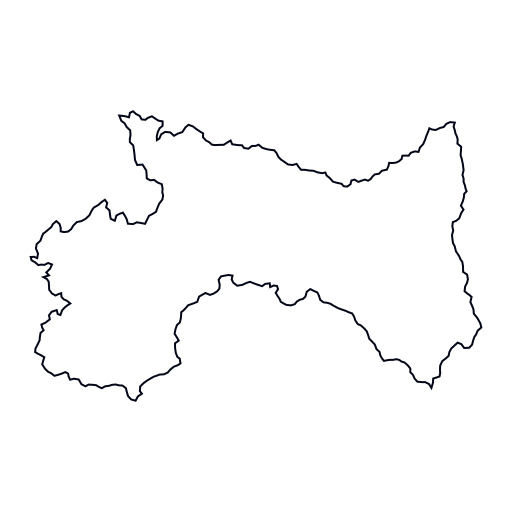 the district of Barbacena, Minas Gerais, Brazil
{"feature_id": "56859067B90991980012339", "entity_name": "Barbacena", "entity_type": "district", "adm_level": 2, "iso_a3": "BRA", "parent_name": "Brazil", "parent_adm1": "Minas Gerais", "projection": "mercator", "projection_center": [-43.815, -21.253], "detail": "fine", "context": "isolated", "style": "outline", "palette": "ink", "viewbox_px": 512, "rotation_deg": 0, "n_neighbors": 0, "source": "geoboundaries", "source_scale": "gbopen_adm2", "svg_char_len": 5650}
<svg xmlns="http://www.w3.org/2000/svg" viewBox="0 0 512 512"><path d="M230.6,140.5L227.0,142.7L223.7,144.8L218.9,144.9L215.3,145.1L212.0,144.7L209.2,142.2L206.0,140.5L203.0,137.2L203.1,133.4L199.8,131.4L196.5,129.2L192.9,126.4L188.5,124.8L185.5,127.3L182.3,132.1L177.6,133.7L174.0,135.8L170.3,132.4L165.1,131.9L161.2,134.3L159.4,138.5L156.9,140.1L156.8,136.3L157.8,132.0L159.6,128.3L162.6,125.8L162.6,121.4L158.3,120.6L155.4,118.7L151.9,116.3L147.8,117.9L145.4,119.8L141.6,119.4L139.7,115.9L136.0,114.0L133.1,111.3L129.9,112.8L129.0,117.3L125.1,116.2L119.2,115.5L121.3,120.8L124.6,123.3L126.7,127.0L130.2,130.4L130.5,135.3L129.8,139.0L129.9,142.2L133.2,145.4L133.9,149.9L134.5,154.6L135.0,160.0L137.2,165.0L142.5,164.6L144.4,167.5L146.2,170.4L146.6,174.1L146.8,178.4L150.3,180.3L154.1,179.9L157.6,182.5L161.8,184.2L162.6,188.7L162.3,192.3L163.1,195.5L162.4,199.5L159.1,203.8L157.2,208.4L156.0,211.8L152.5,214.0L149.0,215.8L147.3,219.2L145.1,223.8L140.4,222.9L136.8,222.3L133.1,224.1L127.9,223.7L126.7,219.2L125.1,216.1L122.9,212.6L119.7,213.8L116.4,215.5L114.8,220.8L110.7,218.8L110.0,214.7L109.5,210.4L106.1,207.4L107.2,202.9L104.9,199.8L101.6,202.0L98.3,205.0L93.8,207.6L91.8,210.4L89.4,215.3L85.5,218.9L81.4,221.1L76.8,222.1L73.4,225.5L71.1,229.2L68.0,231.6L64.0,232.1L60.7,231.4L60.7,227.8L59.6,224.1L56.3,221.1L52.8,224.2L51.3,227.1L48.4,229.5L45.6,231.9L43.2,233.6L41.9,236.6L40.4,240.7L36.7,244.1L35.9,248.3L38.0,253.7L37.2,258.1L34.0,256.8L30.7,257.0L31.5,260.2L35.6,262.7L38.3,265.1L41.4,264.6L44.4,264.9L48.1,263.0L52.0,264.5L50.0,268.8L46.3,272.4L49.0,275.4L43.4,277.1L47.0,279.1L48.7,281.7L49.0,285.6L49.2,289.8L52.0,293.5L55.6,295.5L58.2,294.2L61.2,293.2L61.5,296.9L63.7,299.3L67.0,300.8L70.3,303.5L67.6,305.2L65.0,307.2L62.1,310.3L60.4,315.0L57.7,314.0L56.7,310.1L51.6,311.8L49.0,315.3L49.8,319.4L45.1,322.9L41.4,324.5L42.1,327.5L43.6,330.2L40.5,333.0L39.9,336.8L39.6,340.3L37.7,344.3L35.5,348.5L35.1,352.0L37.8,353.7L40.7,355.1L44.3,357.2L43.2,360.7L42.2,364.3L45.0,368.7L48.1,371.8L50.9,373.1L54.5,375.8L58.5,374.7L62.3,373.4L65.4,372.1L68.1,373.6L68.7,376.7L70.1,379.7L74.0,378.7L78.7,379.5L81.5,384.3L85.5,386.3L88.6,384.6L92.6,384.8L96.1,385.2L99.1,387.0L101.8,388.2L105.2,386.3L109.1,385.8L112.2,384.8L115.8,384.5L118.6,385.3L122.6,385.6L125.9,388.2L127.0,392.7L128.1,396.2L131.1,399.4L135.6,400.7L137.9,396.4L141.9,393.7L139.9,391.2L140.2,386.5L143.5,383.2L146.6,380.9L150.2,378.7L153.7,376.7L156.7,375.7L159.5,374.6L163.9,374.3L167.7,372.6L170.2,369.7L173.8,366.7L177.8,365.2L180.5,363.4L179.7,358.6L177.3,356.8L175.8,352.8L175.1,348.1L175.0,343.3L178.7,340.7L177.1,337.7L174.6,333.8L175.5,329.1L177.0,325.0L179.8,322.5L180.8,318.7L181.1,315.5L181.2,312.2L183.6,310.3L185.7,308.1L188.2,305.2L192.6,303.7L197.2,301.9L199.1,296.6L202.5,294.6L205.4,293.0L210.0,294.9L213.6,293.6L217.2,291.3L219.4,288.6L219.7,284.7L218.6,279.8L221.0,276.4L224.9,275.6L228.4,275.0L232.5,275.6L231.7,279.5L233.3,282.7L237.2,285.7L242.3,284.9L246.5,282.9L250.0,281.8L253.5,283.2L257.6,284.7L262.1,286.2L265.2,283.9L269.7,283.3L270.2,287.1L273.8,285.5L277.0,286.0L278.1,289.1L275.7,292.8L277.5,295.9L279.4,298.6L280.8,301.8L283.4,303.3L286.1,304.8L290.7,305.4L294.7,304.2L296.8,301.6L299.7,299.8L303.0,298.9L305.4,296.6L306.8,291.7L310.3,289.1L314.2,291.1L317.3,292.4L318.9,295.5L320.2,299.8L323.4,302.3L327.2,302.8L330.3,303.7L333.0,305.4L335.7,306.9L338.4,308.3L342.1,309.6L345.6,310.8L348.8,312.3L352.1,313.4L354.0,316.5L355.4,320.6L357.7,324.0L361.0,325.5L364.5,328.7L366.8,331.4L368.0,334.7L369.3,338.8L372.1,341.6L374.8,344.5L376.5,349.1L379.6,352.0L380.2,355.1L381.7,358.0L383.9,360.9L386.7,360.3L389.6,359.9L393.0,359.9L396.3,359.2L399.2,359.9L401.6,361.6L404.6,362.5L407.9,365.5L410.3,368.5L410.3,372.3L412.8,374.6L414.7,378.7L417.4,381.7L421.7,382.1L425.2,382.1L429.1,384.1L431.4,387.9L433.0,382.6L433.2,378.5L436.5,377.5L439.5,376.5L440.2,373.1L440.0,369.5L440.2,365.5L442.3,361.1L445.8,358.4L448.6,355.9L449.4,352.0L451.3,348.5L454.5,345.5L457.7,342.6L461.4,344.2L464.2,348.0L469.3,347.7L472.1,344.6L473.1,340.7L474.3,337.0L476.1,334.5L477.7,330.6L481.3,327.5L480.4,323.6L478.9,320.7L476.9,317.4L473.8,313.7L473.5,309.5L472.1,305.9L470.4,302.1L471.6,296.9L469.4,295.0L466.9,293.2L464.6,291.2L465.1,286.6L467.1,282.7L467.9,279.1L467.1,274.6L463.1,271.9L463.0,266.1L462.3,261.9L460.6,259.5L459.0,255.9L455.9,251.2L454.7,246.3L453.0,243.1L452.4,238.8L452.0,235.0L453.2,230.7L452.3,226.0L452.9,222.1L456.0,220.9L459.2,218.4L461.2,213.1L463.5,209.6L460.9,205.7L462.8,201.3L463.9,197.3L464.2,193.8L466.6,191.3L465.5,188.4L464.9,185.3L463.6,182.0L463.6,178.6L462.5,174.9L463.6,170.1L462.8,163.9L461.7,158.8L460.6,155.1L460.9,151.3L461.2,146.8L457.4,143.6L457.7,139.7L456.9,136.5L455.5,133.5L454.7,130.0L453.6,126.5L454.8,122.6L450.2,122.1L446.4,123.8L443.7,127.0L439.9,128.0L435.7,130.0L432.0,129.5L429.3,128.3L428.1,131.8L426.4,135.8L425.2,139.5L423.2,144.1L419.9,147.6L418.5,151.9L414.8,151.4L410.8,152.8L408.6,155.7L405.4,155.6L402.4,155.7L401.6,159.0L399.1,161.2L396.4,162.5L393.0,163.0L389.1,162.9L388.5,165.9L386.9,169.6L381.8,170.8L379.1,173.7L374.8,174.4L372.6,176.4L370.7,179.0L368.1,180.7L365.0,179.6L362.0,180.5L358.3,181.9L354.6,179.6L351.4,180.5L350.5,184.2L347.2,186.6L343.6,186.2L341.6,183.8L336.6,182.7L333.0,181.7L329.8,178.1L326.5,175.4L325.4,172.5L322.4,173.2L317.7,172.4L313.5,170.8L309.2,170.5L304.7,169.8L301.1,169.8L298.8,167.1L296.6,163.9L292.6,165.0L288.1,164.5L283.7,161.4L280.9,159.5L278.4,156.9L276.5,153.0L274.3,150.3L270.2,149.8L266.7,149.2L262.3,147.8L258.6,144.7L255.7,145.9L251.9,146.0L248.4,148.7L244.0,148.0L242.1,145.3L237.9,145.1L232.2,144.3L230.6,140.5Z" fill="none" stroke="#020617" stroke-width="2"/></svg>